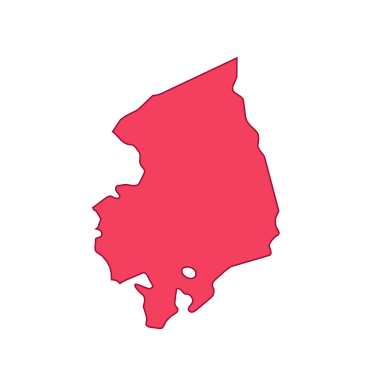 outline of Pesaro e Urbino, rotated 296°
{"feature_id": "ITA-5428", "entity_name": "Pesaro e Urbino", "entity_type": "Province", "adm_level": 1, "iso_a3": "ITA", "parent_name": "Italy", "parent_adm1": "", "projection": "natural_earth1", "projection_center": [12.507, 43.701], "detail": "fine", "context": "isolated", "style": "filled", "palette": "rose", "viewbox_px": 384, "rotation_deg": 296, "n_neighbors": 0, "source": "natural_earth", "source_scale": "10m", "svg_char_len": 2923}
<svg xmlns="http://www.w3.org/2000/svg" viewBox="0 0 384 384"><g transform="rotate(296 192 192)"><path d="M132.9,111.8L133.4,110.9L134.1,110.1L134.4,109.6L138.2,111.7L149.8,117.6L151.2,118.9L152.8,120.6L152.8,122.0L152.7,123.7L152.7,125.5L153.7,128.1L154.9,129.1L156.1,129.2L157.0,128.5L157.8,127.4L158.4,126.3L158.8,125.1L159.6,123.7L160.7,122.5L162.9,121.5L164.2,121.8L165.2,122.5L166.5,124.7L168.7,127.7L169.9,129.9L171.5,135.2L172.2,137.0L173.8,139.4L175.4,140.5L177.1,140.8L187.2,140.8L189.0,140.6L190.5,140.0L191.2,139.0L191.9,137.9L193.0,135.5L193.6,134.5L194.4,133.5L195.3,132.6L196.3,131.9L202.3,129.3L203.3,128.5L204.2,127.7L204.9,126.6L207.8,120.9L208.1,119.6L208.3,118.3L208.0,117.1L207.1,114.7L206.7,113.5L206.6,112.0L206.6,110.6L206.7,109.0L207.3,106.2L210.4,98.1L211.4,94.5L211.5,94.1L212.1,94.3L225.7,96.1L231.2,99.1L242.3,107.4L261.3,114.4L264.1,118.5L266.6,121.0L332.2,173.6L314.9,181.8L303.9,182.4L301.0,184.5L300.0,186.6L299.1,193.8L298.3,196.3L297.2,197.8L282.5,207.5L279.5,210.5L277.6,214.2L275.0,222.4L273.0,226.0L269.6,228.3L261.8,231.1L259.4,234.2L255.6,241.5L212.9,278.3L205.4,278.4L199.9,280.9L198.6,281.9L197.7,282.7L195.2,286.3L193.7,288.0L192.3,288.3L191.0,288.0L187.6,286.1L183.9,285.0L180.5,284.5L178.8,284.6L177.7,284.8L176.8,285.4L174.3,288.0L171.7,289.8L170.3,289.9L169.1,289.4L142.2,259.8L135.9,256.4L122.8,251.1L119.7,250.4L118.2,250.7L117.1,251.2L116.1,251.9L114.5,253.8L113.2,254.8L111.6,255.6L108.5,256.2L105.5,255.4L87.8,247.6L85.7,246.3L84.7,245.5L84.0,244.5L83.6,243.4L83.6,242.1L84.1,241.0L84.9,240.2L86.1,239.8L87.5,239.9L92.0,240.8L93.5,240.7L94.7,240.3L95.8,239.6L96.6,238.7L97.3,237.7L97.9,236.5L98.3,235.3L98.5,234.0L98.3,232.8L97.4,230.6L97.4,229.4L97.8,228.2L98.9,225.8L99.4,224.5L99.4,222.9L98.9,221.2L97.8,220.8L96.6,221.0L85.2,224.9L84.1,225.5L83.1,226.3L82.4,227.2L81.3,229.8L80.2,230.8L78.1,231.3L76.4,230.7L70.8,227.4L66.5,225.9L64.0,225.3L60.3,225.3L57.3,225.0L56.1,224.3L55.0,222.2L51.8,212.3L52.0,210.8L52.4,209.0L53.6,208.4L57.5,207.2L59.3,206.2L61.3,204.7L66.4,199.7L67.9,198.5L73.1,197.3L75.8,195.9L77.1,194.6L77.9,193.1L79.3,188.2L81.3,183.5L82.7,181.8L84.0,181.4L84.6,182.3L85.0,183.5L86.0,195.0L86.7,196.3L87.5,197.4L89.2,198.2L90.3,197.8L91.9,196.1L93.6,193.4L97.7,188.2L98.5,185.7L98.6,184.0L83.8,171.1L79.6,168.1L78.2,167.4L79.0,164.9L79.2,162.6L78.8,160.4L77.9,158.1L83.6,155.1L88.4,151.2L92.2,146.1L95.2,139.2L96.1,133.2L96.9,131.0L99.3,129.3L104.2,127.6L106.2,126.4L107.2,126.0L108.3,126.2L109.3,127.0L111.0,128.9L112.1,129.6L113.3,129.8L114.5,129.6L115.6,129.0L116.5,128.0L117.1,126.6L117.3,125.0L117.1,123.4L116.7,121.9L119.1,123.0L122.5,122.6L127.9,121.9L129.1,120.1L133.0,114.0L132.8,112.9L132.9,111.8ZM116.7,231.9L119.4,231.9L122.0,230.3L123.4,227.8L123.6,224.2L122.9,221.1L121.2,218.5L119.2,216.9L117.5,217.1L115.3,218.2L113.6,220.6L112.8,224.6L113.2,227.8L114.6,230.3L116.7,231.9Z" fill="#f43f5e" stroke="#9f1239" stroke-width="1.5"/></g></svg>